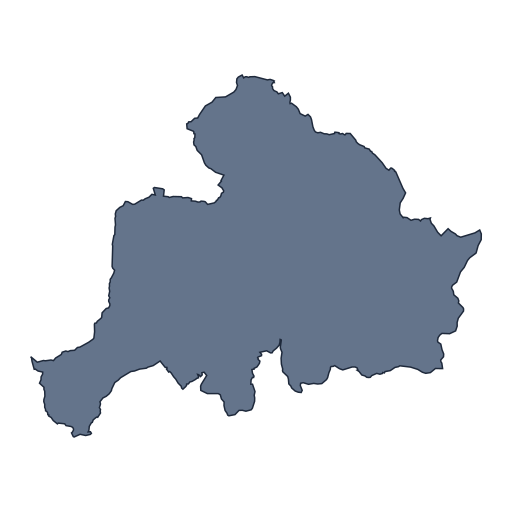 Buciumi, Salaj, Romania (Mercator projection)
{"feature_id": "2599482B81271607530384", "entity_name": "Buciumi", "entity_type": "district", "adm_level": 2, "iso_a3": "ROU", "parent_name": "Romania", "parent_adm1": "Salaj", "projection": "mercator", "projection_center": [23.014, 47.038], "detail": "fine", "context": "isolated", "style": "filled", "palette": "slate", "viewbox_px": 512, "rotation_deg": 0, "n_neighbors": 0, "source": "geoboundaries", "source_scale": "gbopen_adm2", "svg_char_len": 6021}
<svg xmlns="http://www.w3.org/2000/svg" viewBox="0 0 512 512"><path d="M442.6,368.6L441.8,363.1L440.9,361.7L440.7,360.0L443.5,356.8L443.7,354.0L442.0,349.7L440.8,344.1L437.9,342.1L437.5,340.8L438.1,337.5L439.8,335.1L441.9,333.4L449.6,333.7L455.6,330.9L457.2,326.1L457.1,322.6L458.3,318.2L463.5,311.1L463.6,308.9L463.0,307.6L458.4,303.0L458.8,300.9L457.9,298.3L453.8,294.8L453.3,291.3L451.6,288.2L451.7,286.8L452.6,285.2L456.7,282.1L460.5,271.9L464.2,267.4L467.5,260.5L469.8,257.7L476.1,253.0L478.1,245.6L481.2,239.7L481.3,233.9L479.7,230.0L474.9,232.9L460.7,237.2L457.0,235.7L455.5,234.0L450.9,231.3L448.1,228.7L441.1,235.8L437.6,232.2L433.9,225.9L431.3,223.2L430.0,219.3L430.4,218.0L428.0,218.7L424.4,218.3L421.5,219.6L420.5,221.0L418.6,219.4L414.5,219.2L411.0,220.3L407.0,217.6L403.4,217.2L403.1,217.7L400.1,213.9L399.3,209.9L400.2,202.9L403.1,198.4L405.6,192.9L402.9,188.3L395.8,171.9L394.6,171.3L394.7,170.5L393.3,169.3L391.7,168.1L390.7,168.1L388.9,170.2L386.0,168.3L382.3,162.9L374.9,154.8L372.4,153.1L371.7,151.5L370.6,151.3L369.2,149.1L364.8,147.9L364.1,146.5L359.6,144.7L357.9,143.5L356.2,141.7L355.8,140.2L350.2,133.5L346.2,133.4L345.3,134.7L344.5,134.8L342.5,133.5L340.6,134.0L339.0,133.6L339.0,132.7L335.6,132.2L334.7,132.3L334.6,133.5L329.2,134.7L326.9,133.9L324.2,133.8L320.5,132.3L317.8,132.8L315.5,132.0L314.3,130.4L312.9,126.8L311.5,119.6L310.5,116.9L308.0,114.4L305.2,116.1L300.1,113.6L298.3,109.2L296.3,106.7L291.5,103.2L290.1,103.6L289.9,102.2L290.4,100.2L290.4,97.2L288.4,93.2L284.7,96.2L282.3,92.6L278.3,93.8L276.9,91.9L274.0,90.6L272.6,88.7L272.5,86.7L271.6,85.7L271.8,84.5L272.8,82.8L274.2,82.6L273.7,81.9L274.3,81.0L273.2,80.4L270.1,79.4L267.4,79.9L254.8,76.6L249.7,76.8L248.8,77.4L246.5,76.7L245.2,76.8L243.7,77.9L242.1,75.0L238.3,77.1L236.9,78.8L236.5,82.4L237.5,85.5L236.0,89.5L233.8,92.1L225.5,96.9L215.8,97.5L212.0,102.2L205.4,105.9L199.6,114.4L197.7,118.0L194.6,118.3L191.1,121.7L188.6,121.9L187.9,123.4L186.7,123.9L187.1,128.7L193.3,131.2L193.8,131.8L193.9,133.7L195.0,134.0L194.8,137.7L194.0,138.5L194.1,140.3L193.6,142.0L194.0,144.9L195.8,146.5L197.2,150.4L201.6,154.8L204.4,162.8L205.9,165.3L208.9,168.0L210.9,168.7L215.6,172.3L223.9,175.1L221.0,180.6L221.4,181.1L218.1,185.0L221.9,187.8L223.7,190.8L223.4,192.2L221.5,193.3L220.8,196.0L219.7,197.5L218.6,197.8L217.4,200.0L216.4,200.4L216.0,201.5L214.2,202.9L207.6,204.4L205.3,201.8L204.1,201.4L201.0,201.1L200.1,201.9L198.0,202.1L195.5,201.2L191.3,200.9L191.5,198.6L188.0,197.5L182.7,197.9L181.4,196.7L173.1,196.5L169.3,197.5L168.1,196.7L163.5,196.2L164.2,189.9L162.7,188.8L154.4,187.5L153.3,188.3L155.3,195.0L151.9,194.3L149.0,197.2L145.1,198.8L143.3,200.2L141.4,200.1L134.7,204.2L132.7,204.4L127.9,201.7L125.4,201.5L123.2,205.7L119.8,207.4L116.2,210.7L115.3,213.9L115.6,216.4L115.0,218.3L115.5,225.0L115.0,227.1L114.8,234.6L113.9,235.6L112.3,244.4L112.7,246.0L112.1,266.5L112.8,268.3L114.6,270.2L113.8,273.1L111.3,277.9L110.2,279.3L110.2,282.0L109.4,283.6L109.5,286.2L109.1,288.0L109.7,291.3L108.7,295.8L109.8,297.8L108.7,299.9L108.7,301.3L109.9,304.0L109.8,305.7L108.6,307.9L106.2,308.5L102.1,312.8L101.7,317.3L101.1,318.2L97.2,321.4L96.5,322.9L94.7,323.3L94.4,324.5L94.6,331.8L93.9,338.0L93.1,339.1L88.6,342.3L79.9,347.1L77.4,347.5L74.6,350.3L70.3,350.6L68.0,351.6L65.8,351.0L62.2,352.2L61.3,354.5L55.6,358.0L53.5,360.6L51.0,360.0L45.3,360.8L43.5,360.5L37.3,362.2L30.7,356.7L31.6,358.2L32.0,361.3L34.2,369.3L35.3,369.1L38.0,371.0L42.7,372.1L42.6,374.2L41.1,376.9L41.0,379.8L39.5,383.2L44.0,387.3L43.9,389.2L44.7,391.2L44.9,396.2L43.9,399.5L43.8,401.7L44.7,404.3L44.7,407.3L45.5,409.2L45.6,410.8L46.9,411.6L47.6,412.7L47.8,414.7L48.8,414.9L48.7,416.0L51.2,417.5L53.2,420.5L57.4,423.9L58.3,423.1L64.7,423.8L66.0,425.6L71.1,426.5L72.7,427.4L73.5,428.9L73.5,430.0L72.4,432.1L71.5,432.9L73.2,436.5L74.1,437.0L80.1,434.3L85.7,435.5L90.4,434.4L91.4,433.3L90.4,431.7L88.1,431.9L88.9,430.3L89.3,426.3L91.5,422.6L92.3,422.4L93.2,419.9L95.9,417.6L97.1,417.0L97.7,417.3L100.5,413.0L100.2,411.0L100.5,409.5L99.4,407.7L100.4,404.4L100.4,403.3L99.9,401.8L103.0,397.9L106.2,396.3L109.2,393.8L111.4,390.7L111.8,388.8L114.8,382.5L118.2,380.2L120.6,377.7L130.9,371.5L134.5,371.0L139.6,369.1L146.3,368.2L148.0,367.1L153.2,365.6L160.1,361.0L165.2,367.4L166.9,367.4L167.0,368.5L166.5,369.1L168.7,372.1L169.7,371.5L171.2,373.0L173.6,376.7L175.8,379.2L178.2,383.2L181.2,386.2L181.6,388.0L182.9,389.2L185.7,386.6L186.6,385.3L186.6,384.1L188.4,383.9L189.9,381.9L191.8,381.5L195.9,379.2L196.4,378.5L198.5,377.8L198.4,376.3L197.6,374.4L198.7,374.7L200.5,376.6L202.2,374.9L201.9,372.7L204.1,372.2L206.7,375.5L201.3,384.3L200.6,386.2L200.8,390.4L207.4,393.6L218.3,393.6L220.3,394.8L221.4,398.9L224.1,402.0L224.0,405.6L225.1,410.5L227.0,413.2L227.7,415.1L228.9,415.8L235.0,414.6L239.0,410.4L242.4,410.3L245.9,411.2L251.2,409.8L252.4,408.2L254.6,401.3L254.7,397.9L254.2,395.3L255.0,391.6L252.5,384.2L250.8,384.2L251.1,379.8L252.5,377.4L253.6,377.5L254.0,376.1L252.5,373.3L251.9,369.5L254.1,369.1L254.0,368.4L257.0,366.9L259.4,363.4L259.9,361.1L258.1,359.4L258.3,358.8L257.6,357.7L258.1,357.0L261.5,355.7L261.6,354.3L259.9,352.3L266.6,350.8L270.6,352.9L272.1,352.8L273.2,350.9L276.6,348.1L279.2,345.1L280.0,342.1L280.1,339.4L281.1,339.7L281.3,340.5L280.3,347.0L280.5,348.6L282.0,352.3L281.1,358.2L281.4,364.1L282.7,369.0L282.5,370.6L282.8,371.8L287.7,376.5L288.4,379.0L288.8,383.9L290.9,386.1L291.6,387.9L295.1,391.0L298.2,392.2L301.2,392.5L302.2,390.3L300.3,385.6L300.6,383.3L303.2,382.7L308.5,384.3L313.7,383.4L317.7,384.0L321.8,383.6L326.5,379.6L327.6,377.7L328.9,372.7L330.3,369.4L330.5,367.3L331.1,366.5L333.2,366.4L334.7,365.6L339.5,368.7L342.8,369.9L352.1,367.0L355.2,367.0L357.1,367.9L357.9,369.9L357.1,370.2L359.1,371.5L361.8,375.0L364.9,375.9L366.8,377.3L368.8,377.5L370.3,377.3L371.7,375.6L376.7,373.4L379.9,374.2L382.4,373.5L382.7,372.5L384.4,372.9L385.0,371.6L390.3,370.6L395.0,367.4L398.4,366.7L399.8,365.8L410.6,367.1L417.8,369.4L422.3,372.2L425.7,373.3L430.4,372.6L435.4,368.5L442.6,368.6Z" fill="#64748b" stroke="#1e293b" stroke-width="1.5"/></svg>